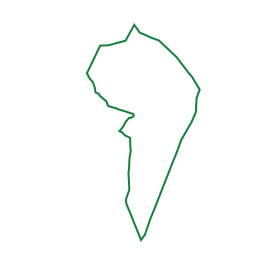 Altai, Govi-Altay, Mongolia (Natural Earth projection), rotated 25°
{"feature_id": "93677404B43539602383293", "entity_name": "Altai", "entity_type": "district", "adm_level": 2, "iso_a3": "MNG", "parent_name": "Mongolia", "parent_adm1": "Govi-Altay", "projection": "natural_earth1", "projection_center": [95.421, 44.108], "detail": "fine", "context": "isolated", "style": "outline", "palette": "green", "viewbox_px": 256, "rotation_deg": 25, "n_neighbors": 0, "source": "geoboundaries", "source_scale": "gbopen_adm2", "svg_char_len": 2816}
<svg xmlns="http://www.w3.org/2000/svg" viewBox="0 0 256 256"><g transform="rotate(25 128 128)"><path d="M98.3,36.6L90.1,31.9L88.9,49.9L75.2,61.4L68.0,65.1L67.6,95.9L68.6,96.4L69.3,96.8L69.7,97.3L69.9,97.4L70.1,97.8L71.0,98.4L71.9,99.0L73.4,99.9L73.6,100.0L74.4,100.2L74.5,100.3L76.0,100.8L76.3,100.9L77.8,102.4L77.9,102.5L78.3,102.9L79.5,104.2L79.9,104.5L80.0,104.7L80.2,104.8L80.6,105.1L81.2,106.0L81.6,106.6L81.8,106.9L83.2,109.0L83.9,109.5L85.1,109.4L86.1,109.4L86.5,109.4L87.6,109.6L88.1,110.1L88.3,110.3L89.1,110.7L89.3,110.8L90.2,111.2L90.9,111.3L91.3,111.4L93.0,111.8L93.8,111.9L94.0,112.0L94.3,112.2L94.4,112.3L94.8,112.6L95.1,112.6L95.6,112.5L95.8,112.6L97.1,113.1L97.3,113.2L97.7,113.4L98.0,114.0L98.8,114.6L99.3,115.1L99.5,115.4L99.7,115.7L99.8,115.8L100.1,115.8L100.4,115.9L100.6,116.0L101.1,116.5L102.4,116.2L102.7,116.2L104.5,115.9L106.7,115.6L108.3,115.3L109.0,115.2L111.1,115.1L113.0,115.0L117.0,114.3L118.4,114.1L118.5,114.1L119.2,114.0L120.6,113.9L120.8,113.8L124.3,113.5L126.6,113.0L126.9,113.1L128.0,114.2L127.9,114.5L127.8,115.1L127.7,115.4L127.6,115.6L126.8,117.1L126.7,117.3L125.6,117.9L125.2,118.1L124.6,118.4L124.6,118.5L124.5,118.8L124.2,120.0L124.1,120.5L123.8,121.5L123.4,123.0L123.3,123.8L123.2,125.0L123.1,127.0L123.1,128.1L123.1,128.5L123.0,129.3L122.8,129.9L122.7,130.3L122.5,130.7L122.5,131.2L122.4,131.6L122.3,131.9L122.3,132.0L122.0,132.9L121.5,134.4L123.6,134.4L124.6,134.5L127.4,135.6L127.8,135.8L128.4,135.9L128.9,136.0L129.2,136.0L129.7,136.0L130.5,136.0L134.1,136.0L135.7,139.3L136.3,140.5L136.5,140.9L137.2,142.3L138.0,143.8L139.0,145.6L139.4,146.5L139.5,146.5L139.7,147.0L140.0,147.4L140.1,147.7L140.4,148.2L140.5,148.7L141.0,150.6L141.4,152.1L141.9,154.2L142.3,155.1L143.1,157.1L143.2,157.3L143.4,157.9L143.9,159.1L144.5,160.5L145.0,161.8L146.0,164.0L146.8,166.7L146.9,166.8L147.0,167.1L147.2,167.8L147.5,168.7L147.6,168.8L147.9,169.4L148.8,171.1L149.0,171.5L149.2,171.8L149.6,172.5L149.8,173.0L150.1,173.6L150.3,173.9L150.8,174.9L151.3,175.9L152.5,178.0L152.6,178.3L153.2,179.4L154.0,181.0L155.2,183.1L155.6,186.5L155.7,187.8L156.1,191.2L156.2,192.1L156.4,194.0L158.0,196.4L158.5,197.3L161.1,199.7L163.5,202.0L164.2,202.6L166.7,204.9L168.9,206.9L171.0,208.9L172.3,210.1L174.5,212.2L176.1,213.7L178.9,216.3L180.7,218.0L182.1,219.3L183.5,220.6L184.8,221.8L187.1,224.0L188.4,217.6L186.7,201.6L186.0,187.9L183.1,141.7L182.4,128.5L181.3,116.5L181.9,109.5L183.1,95.8L182.8,85.0L181.4,81.4L180.8,80.0L180.2,78.6L179.7,77.4L179.2,76.1L178.7,74.9L178.2,73.6L177.8,72.7L177.6,72.2L177.5,71.7L177.5,70.9L177.4,69.9L177.3,69.7L177.2,67.7L177.1,67.2L177.0,65.7L176.9,64.9L176.8,63.5L176.7,62.8L176.2,62.5L174.9,61.6L173.5,60.7L172.2,59.8L171.3,59.2L164.4,54.6L159.3,52.3L148.5,46.6L141.9,43.2L118.9,35.6L111.9,36.3L98.3,36.6Z" fill="none" stroke="#15803d" stroke-width="2"/></g></svg>